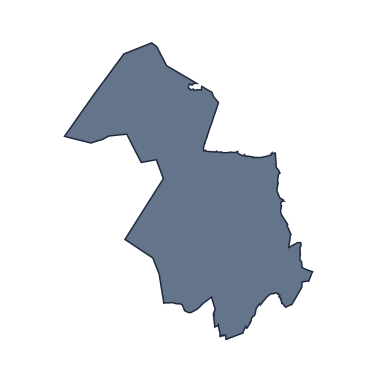 the district of Hengelo (O), Overijssel, Netherlands, rotated 106°
{"feature_id": "6326949B60832085423850", "entity_name": "Hengelo (O)", "entity_type": "district", "adm_level": 2, "iso_a3": "NLD", "parent_name": "Netherlands", "parent_adm1": "Overijssel", "projection": "natural_earth1", "projection_center": [6.781, 52.252], "detail": "fine", "context": "isolated", "style": "filled", "palette": "slate", "viewbox_px": 384, "rotation_deg": 106, "n_neighbors": 0, "source": "geoboundaries", "source_scale": "gbopen_adm2", "svg_char_len": 5484}
<svg xmlns="http://www.w3.org/2000/svg" viewBox="0 0 384 384"><g transform="rotate(106 192 192)"><path d="M131.6,122.7L133.0,126.2L132.9,126.2L133.2,126.4L133.3,126.3L134.2,125.9L135.0,126.6L135.3,127.6L135.7,128.2L136.0,128.6L136.5,129.2L136.7,129.4L137.6,131.1L138.1,132.0L138.8,133.4L139.1,133.6L139.9,135.7L140.6,137.6L140.8,138.6L141.1,139.6L141.3,140.5L141.5,141.5L141.7,142.4L141.6,142.7L141.8,142.8L141.6,142.9L141.8,143.1L141.7,143.4L141.7,144.6L142.3,148.9L142.5,148.9L142.6,149.7L142.9,149.7L143.0,149.8L142.7,150.5L141.9,151.8L141.7,151.7L141.6,151.8L142.8,152.4L142.8,153.1L143.0,153.2L143.1,153.6L143.1,154.3L142.9,154.5L142.8,155.6L142.5,156.7L142.0,158.8L141.9,158.8L140.4,159.3L141.0,160.0L142.3,161.5L142.3,162.8L142.9,164.2L142.9,164.4L142.8,164.7L143.0,165.8L143.4,166.8L144.0,167.8L144.4,168.8L144.8,169.8L145.1,170.8L145.7,173.4L145.4,174.2L145.6,174.3L145.5,174.5L146.0,176.4L146.3,177.6L146.5,178.8L146.0,179.8L147.0,180.1L147.4,182.0L148.0,185.0L149.0,189.6L148.9,189.7L148.4,190.2L148.1,190.4L149.3,191.9L148.9,192.1L147.7,192.7L146.7,193.0L145.6,193.2L144.5,193.3L143.4,193.3L142.4,193.3L142.2,193.1L142.1,193.3L141.9,193.4L141.7,193.4L141.1,193.4L140.9,193.1L139.3,193.1L138.7,193.2L138.4,193.2L137.6,193.0L137.2,193.0L136.7,192.9L135.8,192.9L135.5,192.7L135.2,192.7L135.3,192.9L132.2,192.8L132.2,192.7L130.5,192.6L130.1,192.7L124.2,192.4L123.8,192.3L120.3,192.1L119.0,192.0L111.9,191.8L110.0,191.7L108.1,191.5L107.8,191.5L103.2,191.3L99.0,191.1L98.8,191.1L98.6,191.3L98.4,191.7L98.0,192.2L97.7,192.8L96.5,194.5L95.3,196.3L94.5,197.2L93.8,198.1L92.2,199.2L90.7,200.3L87.8,211.8L91.2,211.1L91.5,211.3L91.8,213.1L92.4,215.7L93.1,216.5L93.3,217.0L93.6,218.0L93.3,218.5L92.7,219.1L93.1,219.6L93.6,220.4L93.9,220.9L94.0,221.3L94.1,221.6L93.8,221.9L93.6,222.1L93.4,222.4L93.4,222.7L93.1,224.0L92.9,224.2L92.6,224.2L92.3,224.2L92.0,224.3L91.7,224.3L91.3,224.4L90.6,224.4L89.5,224.5L89.3,224.5L89.1,224.4L88.9,224.3L88.9,223.9L89.0,223.0L89.1,222.5L89.3,222.1L89.3,221.9L89.3,221.6L89.1,221.3L88.3,220.9L88.1,220.7L87.9,220.6L87.3,220.1L86.9,219.6L86.7,219.1L86.6,218.7L86.3,217.5L85.1,222.0L85.2,222.3L85.2,222.5L84.9,222.8L77.6,251.2L62.0,266.0L59.8,271.9L62.8,275.7L78.0,295.5L94.0,301.5L109.5,307.2L124.3,312.8L145.4,320.1L145.5,320.2L162.2,325.9L172.9,329.7L173.6,329.9L173.5,323.8L173.4,320.7L173.3,316.1L172.9,308.1L172.8,302.7L170.2,298.8L168.1,295.7L167.4,294.4L165.9,292.2L161.0,287.2L157.3,278.0L154.4,270.6L167.6,258.4L168.6,257.4L169.7,256.4L177.6,248.9L172.3,238.2L170.8,235.2L175.6,231.7L176.7,230.9L176.9,230.7L187.0,223.2L256.1,243.4L266.2,211.5L279.2,201.5L279.8,201.0L291.0,195.8L298.7,192.1L306.7,188.4L306.1,187.6L304.8,183.3L304.4,182.1L304.1,181.4L303.7,180.0L303.7,176.3L303.5,175.3L302.7,172.3L303.0,171.3L303.4,170.0L308.1,166.4L308.9,162.2L308.8,161.9L308.3,159.9L302.7,154.3L295.8,150.5L287.7,144.3L298.4,137.3L303.0,138.0L304.3,137.4L304.2,137.2L304.4,137.2L304.0,136.7L306.5,136.5L308.9,135.6L312.1,134.2L314.0,133.5L315.5,132.9L313.8,130.8L312.3,130.2L312.8,130.0L313.0,129.9L315.0,128.9L318.2,127.3L318.6,126.8L318.8,126.3L321.8,125.8L323.3,125.1L323.3,124.9L323.2,124.8L322.9,124.5L322.6,124.3L322.5,124.2L321.9,124.0L321.6,123.8L321.3,123.5L321.2,123.4L320.9,123.0L321.8,122.5L320.3,120.4L321.6,119.8L322.7,119.4L324.1,118.7L323.8,118.1L323.9,117.9L323.6,117.5L323.5,117.4L323.4,117.4L322.9,116.7L322.5,116.3L321.3,114.8L320.5,113.5L319.2,111.8L318.2,110.5L316.3,107.9L316.0,107.7L315.7,107.1L315.6,106.9L313.8,104.6L313.4,104.0L312.9,104.5L306.6,103.2L307.5,102.2L307.8,101.7L301.4,99.8L301.2,100.2L299.3,99.6L297.8,99.9L296.0,99.9L294.2,98.4L293.3,97.9L291.3,97.7L286.7,98.2L280.9,96.3L281.8,95.2L272.8,91.4L272.4,91.2L272.1,91.0L270.8,90.0L270.4,89.8L269.5,89.3L268.8,88.8L268.2,88.4L267.9,88.2L267.9,87.4L267.8,86.9L267.7,86.6L266.8,84.9L266.0,83.5L265.5,82.8L265.7,81.4L266.7,81.3L266.7,80.9L266.9,79.7L267.0,79.2L267.5,79.1L267.8,79.1L268.1,79.2L268.3,79.3L268.3,79.1L268.8,79.3L268.9,79.2L269.0,79.2L270.0,77.2L270.2,77.5L270.8,77.2L273.1,75.4L274.2,75.1L273.9,74.7L277.0,70.3L276.1,69.3L275.2,68.3L273.4,66.4L273.2,66.1L272.9,65.1L264.8,63.0L253.4,60.2L253.2,60.2L248.3,61.4L246.2,57.5L245.7,56.3L245.6,55.8L245.6,55.2L240.9,54.8L235.7,54.3L235.5,54.1L235.3,54.9L235.4,56.0L235.3,56.5L235.3,56.8L235.3,57.0L235.3,57.5L235.2,57.8L235.1,59.2L235.1,60.0L235.1,60.5L235.0,60.9L234.5,64.0L234.3,64.6L234.3,65.0L234.1,65.5L233.9,65.5L233.7,65.5L228.7,67.5L227.6,69.5L227.4,69.6L226.3,69.8L224.2,70.4L223.8,70.4L223.4,70.5L223.0,70.5L221.5,70.7L221.4,70.8L221.6,71.1L221.4,71.2L220.4,71.5L219.6,71.5L219.3,71.5L219.1,71.6L218.4,71.9L218.2,72.0L217.2,72.4L216.6,72.5L215.7,72.7L215.2,72.7L214.8,72.6L214.6,72.5L214.3,72.5L213.7,72.6L213.1,72.5L210.7,73.5L211.5,76.5L218.8,83.8L213.0,84.5L211.0,84.7L207.9,85.4L207.3,85.4L205.7,85.1L197.9,91.5L196.8,91.1L188.9,100.1L185.3,101.8L184.7,101.8L183.0,101.9L182.0,102.1L180.5,102.1L179.9,103.2L179.7,103.4L179.5,103.6L179.3,103.6L178.6,103.5L177.2,103.3L176.4,103.2L176.3,102.9L175.3,101.6L175.3,101.3L175.1,101.6L174.9,101.9L174.7,102.1L174.4,102.8L174.3,102.7L174.2,103.2L173.9,103.8L173.9,104.0L173.6,105.5L173.5,105.8L173.4,106.0L173.2,106.2L167.3,110.8L160.0,111.7L160.3,112.1L156.3,113.0L152.2,113.6L151.7,113.7L151.4,113.7L150.9,113.6L150.3,113.4L150.0,113.3L149.8,113.1L149.8,112.8L149.3,112.7L148.2,114.1L148.1,114.4L147.8,114.4L147.7,114.4L147.5,114.5L147.4,114.5L144.9,118.0L143.8,118.4L143.2,118.4L131.6,122.7Z" fill="#64748b" stroke="#1e293b" stroke-width="1.5"/></g></svg>